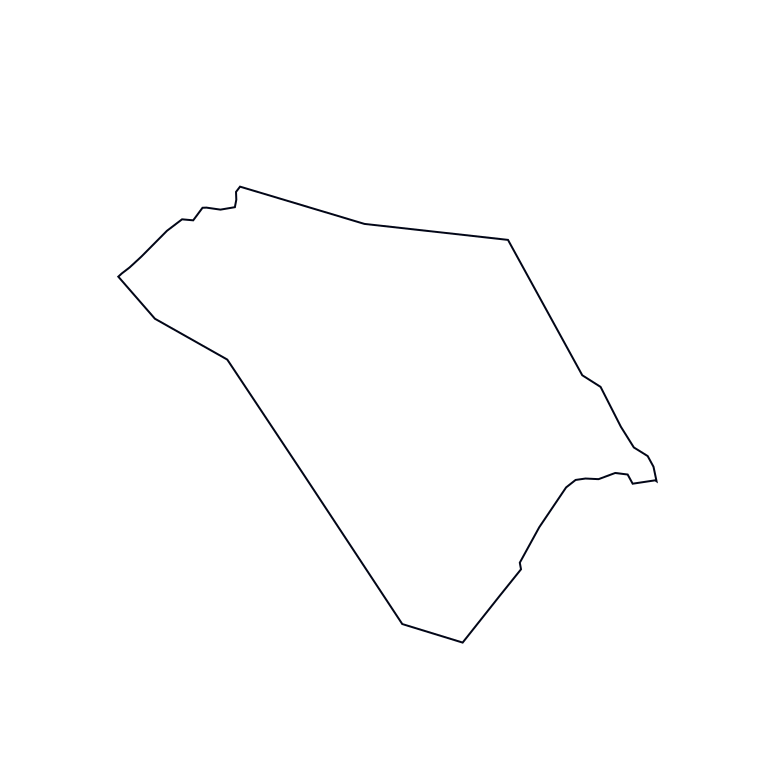 the district of Glavier, Dennery, Saint Lucia, rotated 34°
{"feature_id": "8701671B98393552934318", "entity_name": "Glavier", "entity_type": "district", "adm_level": 2, "iso_a3": "LCA", "parent_name": "Saint Lucia", "parent_adm1": "Dennery", "projection": "orthographic", "projection_center": [-60.911, 13.923], "detail": "fine", "context": "isolated", "style": "outline", "palette": "ink", "viewbox_px": 768, "rotation_deg": 34, "n_neighbors": 0, "source": "geoboundaries", "source_scale": "gbopen_adm2", "svg_char_len": 705}
<svg xmlns="http://www.w3.org/2000/svg" viewBox="0 0 768 768"><g transform="rotate(34 384 384)"><path d="M664.3,312.2L663.9,311.8L653.7,301.9L642.9,296.3L626.6,296.9L604.3,287.0L565.2,265.3L543.5,265.9L406.2,195.2L278.3,262.2L159.7,299.2L157.1,300.0L155.9,300.4L154.3,300.9L153.9,307.5L158.5,313.8L161.5,320.8L150.9,330.9L138.1,337.1L135.0,339.4L134.3,355.0L124.5,360.4L118.4,378.3L111.6,414.1L107.9,429.7L104.8,439.0L103.7,443.6L157.6,458.0L240.4,451.4L367.8,503.9L533.4,572.8L593.8,554.4L598.4,494.6L601.2,461.0L596.5,456.2L592.8,415.9L592.8,367.9L596.5,356.4L603.9,349.7L615.1,342.9L625.4,328.5L636.6,322.8L645.9,327.6L662.7,312.2L664.3,312.2Z" fill="none" stroke="#020617" stroke-width="2"/></g></svg>